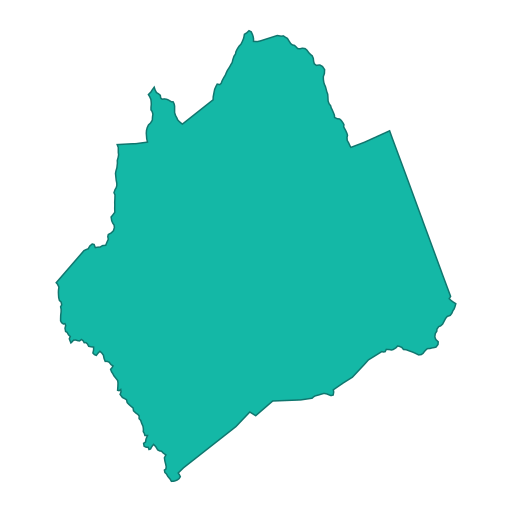 the district of Ipirá, Bahia, Brazil
{"feature_id": "56859067B36426847002914", "entity_name": "Ipirá", "entity_type": "district", "adm_level": 2, "iso_a3": "BRA", "parent_name": "Brazil", "parent_adm1": "Bahia", "projection": "equal_earth", "projection_center": [-39.836, -12.21], "detail": "fine", "context": "isolated", "style": "filled", "palette": "teal", "viewbox_px": 512, "rotation_deg": 0, "n_neighbors": 0, "source": "geoboundaries", "source_scale": "gbopen_adm2", "svg_char_len": 4787}
<svg xmlns="http://www.w3.org/2000/svg" viewBox="0 0 512 512"><path d="M112.3,215.6L111.1,217.0L111.7,220.7L112.8,223.2L114.1,225.1L114.4,227.5L113.4,230.8L111.1,233.0L108.3,234.5L107.8,236.6L108.3,239.2L107.0,242.1L105.7,245.3L102.5,245.6L100.1,247.1L97.7,247.2L95.3,247.6L94.1,244.5L92.2,244.0L89.9,245.9L88.2,248.8L86.3,249.5L84.0,250.6L56.2,282.7L57.4,284.0L58.9,287.1L58.5,290.0L58.4,292.3L58.5,294.7L58.7,297.6L59.4,300.4L61.2,302.2L61.7,304.9L60.6,306.8L61.1,309.1L61.1,311.8L60.7,315.4L60.6,318.6L60.6,320.8L61.6,322.7L63.4,324.0L64.9,323.6L65.7,325.5L65.0,328.2L65.6,331.5L67.1,332.3L68.5,334.8L70.3,336.5L69.3,338.8L70.9,342.9L72.3,341.6L73.5,340.2L75.6,340.0L77.9,340.7L79.6,340.9L81.4,339.5L83.1,340.7L84.2,342.7L86.0,342.6L87.4,343.9L88.7,346.3L91.1,346.8L93.6,347.1L93.6,350.0L92.9,353.0L94.4,354.6L96.3,355.4L97.9,353.3L99.9,351.3L101.9,353.1L103.4,355.2L104.1,358.6L105.2,361.4L107.2,361.4L109.2,362.2L111.0,364.6L113.0,365.9L111.9,367.9L110.6,369.3L111.6,371.9L112.7,373.5L113.9,375.8L116.0,378.4L117.7,380.6L118.0,383.0L117.9,386.2L117.6,390.3L119.1,390.7L120.7,389.5L121.0,391.9L120.1,394.4L122.4,397.5L124.6,398.6L126.5,399.7L127.2,402.6L128.9,404.4L130.9,406.2L133.1,408.0L133.5,410.8L135.8,413.0L137.8,414.4L139.1,415.8L139.1,418.7L140.6,420.2L141.7,423.4L143.0,426.3L143.4,429.1L143.3,431.7L144.3,433.3L144.9,435.5L147.5,435.5L146.0,439.1L145.5,442.1L143.6,443.3L144.1,446.2L146.1,447.2L148.2,447.3L149.0,449.5L150.5,449.0L151.9,446.5L153.6,444.4L155.7,446.6L157.7,449.9L159.6,450.9L161.5,451.2L163.2,453.0L165.9,454.9L164.4,457.8L164.9,461.1L165.6,463.9L166.2,466.7L165.9,469.0L164.4,470.1L164.9,472.5L166.4,473.9L167.9,476.5L170.1,479.1L171.4,481.3L173.8,481.2L175.5,480.7L177.2,480.0L179.0,478.7L180.3,476.7L179.4,474.8L178.2,473.0L183.6,467.7L235.9,426.6L249.8,412.0L255.7,415.7L272.7,401.0L300.8,399.9L312.1,398.2L313.5,396.9L315.2,395.9L317.0,395.4L318.9,394.9L321.4,394.1L324.0,393.4L326.7,393.9L328.9,394.8L331.0,395.6L333.2,395.0L333.7,392.0L333.3,389.8L343.0,383.1L352.4,377.2L364.2,364.6L368.4,359.9L381.8,351.6L383.3,352.0L385.1,351.7L386.3,349.4L387.9,349.5L389.7,349.6L391.4,350.0L393.0,349.6L394.4,348.8L396.2,347.6L397.6,346.0L399.2,346.3L401.8,347.4L403.5,349.5L406.1,349.7L408.5,350.6L410.4,351.3L412.4,352.0L414.3,352.8L416.4,353.8L418.6,354.9L421.2,354.6L423.0,353.4L424.5,351.4L426.1,349.7L427.5,348.6L429.9,348.5L432.0,347.9L434.0,347.6L436.0,347.1L438.0,344.5L438.2,341.8L435.8,339.5L434.8,336.9L435.3,333.5L436.8,331.2L436.9,329.2L438.7,326.6L440.6,325.9L442.6,324.1L444.4,320.7L445.6,318.4L447.3,316.4L450.2,315.4L451.8,313.3L453.0,310.5L454.1,309.0L454.9,306.9L455.8,303.7L453.3,302.1L451.1,300.5L449.2,298.7L450.6,296.4L442.0,273.3L441.0,270.5L427.9,234.9L422.9,221.4L421.8,218.2L420.8,215.6L406.2,175.8L392.4,138.6L389.6,130.8L364.3,142.3L350.9,147.4L349.8,145.5L348.7,143.0L347.2,140.4L347.0,137.4L347.5,135.3L346.9,133.3L345.6,130.4L343.7,127.0L343.9,124.6L342.9,122.8L341.2,120.4L339.6,119.0L337.2,118.7L334.6,117.5L334.4,115.2L333.6,113.1L332.1,109.6L331.2,107.9L330.6,105.7L329.1,103.8L328.1,101.1L327.9,96.9L327.7,94.2L326.8,91.8L326.0,88.7L325.4,86.5L324.5,84.6L323.8,82.4L323.4,79.6L323.3,76.7L324.4,73.5L324.6,69.6L322.5,66.5L319.9,65.0L318.3,65.1L316.4,65.4L314.3,63.8L313.6,61.3L313.3,58.4L312.2,55.8L310.7,54.6L308.8,52.7L306.9,50.1L305.1,48.6L302.4,48.2L299.9,48.8L297.7,48.6L296.0,46.8L294.5,45.4L292.4,44.9L290.7,43.6L289.0,41.0L287.4,38.4L285.3,37.2L283.4,35.9L281.3,36.2L277.3,35.5L260.4,40.9L257.4,41.6L253.5,41.4L253.5,38.6L253.1,36.5L252.5,34.6L251.2,31.8L249.0,30.7L246.8,32.8L244.4,34.3L244.0,36.6L243.5,38.6L242.1,42.0L240.9,44.3L239.2,46.0L238.0,47.8L236.9,49.7L235.9,51.8L235.5,54.0L234.0,56.2L232.8,59.8L232.2,62.5L231.0,64.4L230.0,66.3L228.7,68.4L227.4,70.4L226.4,72.5L225.4,75.0L223.8,77.6L222.1,80.8L221.2,83.3L219.8,84.6L217.2,84.1L216.1,86.1L214.7,89.2L214.2,91.6L213.7,94.2L213.2,96.8L213.1,99.8L182.4,124.1L180.7,122.8L179.1,121.4L177.6,119.8L176.9,118.0L175.6,115.7L174.6,112.6L174.6,109.4L174.6,106.2L174.2,104.1L173.1,101.8L171.4,101.8L169.6,100.7L168.2,99.9L166.7,99.3L164.2,98.9L162.2,99.2L160.7,98.0L160.3,95.3L158.6,93.9L156.5,92.6L155.1,90.0L154.2,87.2L152.1,90.1L151.0,91.9L149.5,93.4L148.4,94.6L149.6,96.5L150.9,99.4L151.2,102.1L151.3,104.4L151.0,107.3L151.0,109.9L152.1,111.4L152.9,114.1L152.5,116.9L152.3,120.2L150.4,123.2L148.5,124.9L147.2,127.7L146.5,130.4L146.3,133.2L146.5,135.9L146.7,138.6L147.5,142.1L135.9,143.7L131.6,143.8L117.2,144.6L118.3,147.5L118.3,150.1L118.3,152.5L118.6,154.7L118.2,157.3L117.3,160.4L117.4,163.3L116.9,167.7L116.0,170.8L115.5,173.4L115.8,176.4L116.2,180.2L116.8,183.3L116.8,185.7L116.2,187.7L115.1,189.5L114.0,192.7L115.0,194.9L114.9,198.9L114.7,202.4L114.8,205.1L114.7,208.3L114.8,212.3L112.3,215.6Z" fill="#14b8a6" stroke="#0f766e" stroke-width="1.5"/></svg>